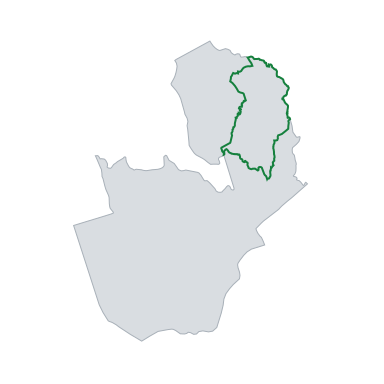 location of Muchinga within Zambia, rotated 343°
{"feature_id": "ZMB-5511", "entity_name": "Muchinga", "entity_type": "Province", "adm_level": 1, "iso_a3": "ZMB", "parent_name": "Zambia", "parent_adm1": "", "projection": "equal_earth", "projection_center": [31.586, -11.285], "detail": "fine", "context": "in_parent", "style": "outline", "palette": "green", "viewbox_px": 384, "rotation_deg": 343, "n_neighbors": 0, "source": "natural_earth", "source_scale": "10m", "svg_char_len": 9419}
<svg xmlns="http://www.w3.org/2000/svg" viewBox="0 0 384 384"><g transform="rotate(343 192 192)"><path d="M246.0,263.9L232.1,264.0L227.1,265.4L222.9,267.7L218.0,271.2L215.1,273.6L214.3,275.0L213.9,277.9L214.0,282.5L213.5,285.8L212.0,288.9L204.5,292.5L199.6,295.5L194.8,299.1L191.2,303.7L188.7,309.3L184.6,316.3L176.1,328.8L171.1,331.1L166.9,330.6L161.8,328.0L157.7,327.5L154.8,329.1L152.0,328.6L149.4,326.0L147.3,325.0L145.6,325.7L143.4,325.6L139.4,324.2L135.9,319.7L134.0,317.9L132.5,317.2L128.4,316.5L118.8,315.4L109.0,317.6L100.3,319.9L91.3,310.0L82.6,299.5L80.7,296.8L77.4,293.3L75.1,291.6L74.2,290.7L71.7,281.3L70.3,272.7L69.0,189.4L108.2,189.4L110.7,189.1L110.8,188.2L109.0,183.7L109.0,182.2L109.5,179.1L111.1,173.1L111.2,171.0L110.4,164.4L110.4,160.8L110.8,153.3L110.5,150.8L111.4,147.4L111.7,145.2L112.0,144.3L111.6,141.7L110.7,132.8L110.2,129.1L112.6,129.7L113.4,131.5L113.8,133.5L114.9,133.6L117.7,134.8L118.7,136.4L119.4,140.0L119.0,141.8L118.1,143.3L119.0,144.6L120.9,145.5L122.0,145.2L125.1,142.8L128.0,141.9L129.5,141.2L136.0,139.6L137.3,138.8L138.2,138.8L138.8,139.5L138.3,142.0L138.1,144.2L138.9,148.5L139.5,150.4L140.9,151.9L141.9,152.6L143.0,154.1L145.2,153.9L150.2,156.0L151.7,157.0L153.8,158.0L155.3,158.4L160.4,159.1L165.9,160.3L168.7,160.4L170.7,160.1L172.0,159.5L172.9,158.8L173.3,158.2L175.3,150.2L176.3,149.6L177.6,149.2L178.4,149.9L179.3,155.0L183.3,159.5L184.6,163.4L185.6,166.6L186.5,167.5L188.0,168.7L190.3,169.1L192.5,169.2L203.0,174.8L204.2,175.8L205.5,178.8L206.3,182.1L207.1,184.8L208.5,185.3L209.7,185.5L210.9,187.3L211.8,188.9L214.9,195.5L215.4,198.1L216.9,199.8L219.0,200.6L220.8,200.7L221.9,199.9L224.6,198.5L226.7,197.0L228.2,196.4L229.1,196.8L229.8,197.8L230.3,201.1L231.8,202.2L232.9,201.8L233.3,200.5L233.3,199.9L233.2,165.5L232.3,165.8L231.0,166.7L228.3,166.8L227.2,167.6L226.8,168.7L227.1,170.1L227.1,172.0L226.7,173.0L225.5,173.3L223.7,172.6L220.5,171.6L217.9,171.0L215.9,168.4L213.3,164.5L211.6,162.6L207.5,158.5L206.8,157.7L205.6,155.8L204.5,152.6L203.4,148.8L202.9,146.5L203.8,142.8L206.2,130.9L206.7,127.1L208.7,123.4L208.9,120.0L208.0,115.6L208.2,113.2L208.5,99.5L207.9,95.2L206.5,90.4L203.6,83.7L203.6,82.3L208.1,77.9L209.5,76.3L211.8,72.8L213.4,69.8L214.5,67.4L214.8,64.2L214.0,61.2L215.6,60.6L253.2,52.9L253.8,55.0L254.9,58.4L256.2,60.9L257.8,63.1L259.2,64.4L260.1,64.8L265.9,64.7L268.0,66.0L269.8,67.7L270.3,70.3L271.5,72.0L272.8,73.3L273.3,73.5L274.3,73.1L275.8,73.1L277.3,73.7L277.9,74.2L278.0,76.4L278.4,77.4L280.4,77.8L282.4,78.0L284.3,79.5L286.4,79.7L288.8,80.3L290.0,81.9L292.5,83.6L295.7,85.1L299.1,87.5L299.2,88.2L299.8,89.7L300.4,90.7L300.4,92.2L300.7,93.6L301.6,94.0L302.3,94.1L303.0,93.0L303.9,93.1L304.9,93.7L305.3,95.3L306.1,97.5L307.3,99.0L308.2,100.4L307.9,103.0L307.3,105.4L309.1,107.8L311.3,110.0L311.9,111.0L312.1,114.3L312.4,115.5L314.0,118.2L314.7,120.1L314.6,121.1L310.5,126.6L308.0,127.4L306.9,128.6L306.2,129.7L307.9,135.2L308.7,137.2L308.0,139.8L306.4,144.2L305.6,144.6L305.5,147.9L306.0,149.1L306.8,150.1L307.1,152.3L307.0,157.9L306.0,164.3L307.8,169.8L308.4,170.4L311.0,170.5L311.4,171.0L310.8,172.5L309.0,175.0L305.8,176.9L301.1,179.0L300.1,181.0L299.5,183.9L300.0,185.6L300.6,186.6L300.4,189.1L300.0,191.8L300.1,193.9L299.9,195.8L299.3,196.7L298.5,199.5L297.5,202.3L296.7,203.6L295.5,205.0L293.7,206.1L293.7,206.7L295.8,208.0L296.3,208.9L296.5,209.5L295.6,210.9L296.6,211.8L297.8,212.5L298.9,214.4L300.2,217.9L300.4,218.3L300.8,218.3L301.4,217.9L302.7,216.5L303.7,216.0L304.8,218.0L285.3,226.8L280.7,228.6L273.9,231.6L271.7,232.8L269.9,233.9L251.8,240.7L249.0,242.1L242.6,245.6L242.4,246.1L242.4,247.7L243.0,251.0L244.1,254.0L245.1,255.7L245.7,260.1L246.0,263.9Z" fill="#d9dde1" stroke="#a8b0b8" stroke-width="1"/><path d="M299.1,87.5L299.2,89.2L299.3,89.5L299.5,89.8L299.7,89.6L300.0,89.6L300.4,90.1L300.6,90.2L300.6,91.0L300.3,93.0L300.5,93.8L300.8,93.9L301.3,93.5L301.5,93.5L301.8,93.6L301.9,94.2L302.0,94.5L302.5,94.7L302.7,94.2L302.7,93.4L302.9,92.6L303.4,93.0L304.5,93.0L304.9,93.4L305.2,94.1L305.3,94.5L305.3,95.0L305.3,95.3L305.1,95.8L305.2,96.2L305.4,96.6L305.9,97.0L306.1,97.3L306.4,98.1L306.6,98.5L306.9,98.8L307.1,98.9L307.9,99.3L308.0,99.6L308.4,100.7L308.5,101.5L308.3,102.1L307.7,103.4L307.3,104.7L307.2,105.4L307.2,106.2L307.5,106.7L309.2,107.7L310.4,109.1L310.9,109.4L311.3,110.1L311.7,110.5L312.0,110.9L312.1,111.8L311.9,113.4L312.0,114.1L312.6,115.8L312.7,116.2L313.5,117.1L313.9,118.4L314.2,118.9L314.8,119.0L314.8,119.7L314.9,120.2L315.0,120.7L314.6,121.4L314.3,121.8L313.5,122.6L313.2,122.8L312.9,123.0L311.9,124.6L311.5,125.7L311.3,126.2L310.9,126.6L310.5,126.6L310.2,127.1L309.9,127.3L309.6,127.3L308.9,127.1L307.5,127.6L307.2,127.9L306.8,128.7L306.5,128.9L306.2,128.9L305.8,128.9L305.6,129.4L305.6,129.8L305.8,130.0L306.3,129.9L306.6,130.3L306.8,131.2L306.9,132.9L307.1,133.7L307.4,134.5L307.8,135.2L308.3,135.9L309.0,137.4L308.8,138.3L308.5,139.1L307.0,142.1L307.0,142.3L307.0,142.6L307.0,142.8L306.9,142.9L306.6,143.1L306.4,143.6L306.5,144.4L306.3,144.8L305.8,144.2L305.6,144.6L305.6,147.0L305.6,147.3L305.5,147.9L305.2,148.7L305.2,149.0L305.6,149.1L306.3,149.1L306.7,149.2L306.9,149.6L307.1,150.0L307.1,151.0L306.1,151.4L305.2,151.9L304.8,152.7L304.8,154.0L303.4,157.1L302.5,159.7L299.7,160.9L294.9,162.8L292.3,163.0L291.0,163.0L290.1,164.2L289.8,165.9L288.7,167.3L287.5,167.3L285.7,166.8L285.7,167.4L285.4,168.6L285.1,169.2L285.0,169.5L284.0,170.5L283.7,170.9L283.4,171.8L283.3,172.1L282.9,172.5L282.8,173.3L282.6,173.7L282.5,173.9L282.5,175.1L282.1,177.9L281.9,178.2L281.8,178.9L281.6,179.4L281.5,179.6L281.5,180.6L281.4,181.9L281.3,182.2L281.1,182.7L281.0,183.3L280.7,183.5L280.3,184.1L280.0,185.4L279.9,185.9L279.8,186.2L279.3,186.4L278.7,186.6L278.6,186.9L278.2,187.4L277.9,187.4L277.8,187.6L277.8,188.1L277.7,188.6L277.6,189.1L277.7,189.7L277.8,190.3L277.2,190.6L276.9,190.5L276.8,190.9L276.6,191.0L276.2,191.1L275.8,191.5L275.6,191.8L275.1,192.1L274.8,192.4L274.6,192.0L274.4,192.7L273.8,193.5L273.6,194.3L273.5,194.6L273.3,194.7L272.9,194.8L272.8,195.1L272.4,196.7L272.2,197.8L272.0,198.9L271.5,199.8L269.8,201.4L269.5,201.6L269.1,201.6L268.3,201.3L267.8,201.5L267.6,201.7L267.6,199.4L267.5,198.6L267.3,198.1L266.8,197.4L266.4,196.4L266.3,195.9L265.9,189.7L265.9,189.3L265.7,188.9L265.4,188.5L264.5,188.0L264.3,187.9L263.2,187.9L262.6,188.3L262.5,188.5L262.4,189.4L262.1,190.0L262.0,190.4L261.7,190.6L261.1,190.6L260.9,190.3L259.3,188.3L259.0,188.0L258.5,188.0L257.9,187.7L257.5,187.7L256.6,187.4L255.8,187.6L255.4,187.5L254.6,187.0L253.3,185.8L253.2,185.6L253.1,185.4L253.2,184.5L252.9,182.6L253.2,181.6L253.6,181.0L253.6,180.7L253.7,180.3L253.6,180.0L253.4,179.8L253.0,179.5L252.6,179.1L252.5,178.8L252.2,178.0L252.0,177.8L251.8,177.8L251.5,178.3L251.4,178.5L250.9,178.8L250.7,178.7L250.4,178.5L249.8,177.9L249.4,177.4L249.4,176.9L249.6,176.1L249.6,175.9L249.5,175.5L249.3,175.2L248.6,174.7L248.3,174.5L248.1,174.2L248.0,173.9L248.0,173.1L248.2,172.4L248.3,172.0L248.3,170.8L248.3,170.3L248.2,170.0L248.1,169.9L247.9,169.8L247.7,169.7L247.1,169.9L246.8,169.7L246.7,169.6L246.4,169.1L246.2,168.9L245.8,168.8L245.5,168.9L245.1,168.8L244.8,168.6L244.5,168.4L244.0,168.4L243.5,168.0L242.9,167.9L241.8,167.2L241.4,167.1L240.9,166.8L240.8,166.7L240.6,166.2L240.1,165.9L239.8,165.7L239.5,165.4L239.2,165.1L238.7,164.1L238.5,163.0L238.1,162.1L237.8,161.5L237.5,161.1L236.9,161.2L236.4,161.3L234.6,162.4L234.5,162.6L234.4,162.9L234.3,164.3L234.1,164.9L234.0,165.3L233.8,165.5L233.3,165.6L233.5,165.2L233.7,164.9L233.6,164.6L233.7,163.9L233.7,163.5L233.5,163.2L233.1,162.6L232.9,162.2L232.8,161.7L232.9,160.4L232.8,159.5L232.7,159.0L232.9,158.6L233.1,158.2L242.7,156.2L243.0,156.0L243.3,155.6L246.9,149.5L246.9,149.3L246.8,149.1L246.8,148.8L246.8,148.4L247.0,147.7L247.0,147.2L247.7,146.7L248.5,145.8L248.7,145.3L248.9,144.6L249.0,144.1L249.4,143.9L249.7,143.8L249.9,143.7L250.0,143.5L250.2,142.7L250.3,142.4L250.5,142.1L251.4,142.1L251.5,142.0L251.8,141.7L252.4,141.0L252.5,140.7L252.7,140.0L253.1,138.8L254.8,135.9L255.2,135.0L255.4,134.4L255.6,134.1L255.8,134.0L256.0,134.4L256.3,134.4L256.4,134.2L256.0,133.6L256.3,133.6L256.8,133.3L257.7,132.9L257.9,132.7L258.1,132.1L258.3,131.2L258.6,130.5L259.0,130.5L258.8,130.8L259.0,131.1L259.3,131.3L259.7,131.2L259.7,130.5L259.8,130.2L260.0,130.5L260.1,130.8L260.2,131.1L260.1,131.4L259.9,131.7L260.3,131.7L260.7,131.5L261.6,130.4L261.7,130.0L261.9,129.7L262.1,129.2L261.6,128.4L261.6,128.1L261.6,127.8L261.7,127.6L262.5,127.6L262.9,127.4L262.8,126.8L262.6,126.6L262.4,126.6L262.1,126.8L261.9,126.7L261.6,126.2L261.3,125.8L261.3,125.7L262.2,124.7L262.5,124.6L262.9,124.5L263.7,124.6L264.1,124.8L264.4,125.0L264.5,124.8L264.9,124.5L265.1,124.3L265.1,123.9L265.1,122.8L265.1,122.6L265.3,122.5L265.6,122.5L265.7,122.4L265.5,122.0L265.6,121.7L265.8,121.6L266.4,121.6L266.8,121.4L267.5,120.9L267.8,120.8L267.9,120.7L268.1,120.1L268.3,120.0L268.5,120.0L268.8,120.6L270.2,120.2L270.1,113.1L269.4,112.2L267.3,111.0L265.7,109.5L265.0,106.2L264.1,103.1L262.5,99.5L260.9,97.4L262.3,95.0L262.9,93.3L263.9,92.6L265.2,91.2L266.2,90.2L267.7,91.4L269.3,91.3L270.7,92.1L271.2,90.2L272.8,91.0L274.4,90.7L275.8,89.5L277.6,88.3L280.1,87.9L282.2,88.1L284.3,88.8L286.6,89.0L286.4,86.2L285.4,83.1L284.6,79.7L285.0,79.8L287.8,79.7L288.6,80.0L289.4,80.7L289.6,81.1L290.0,82.4L290.3,83.0L290.6,83.2L291.4,83.3L293.2,83.9L294.7,84.0L295.0,84.2L295.3,84.6L295.4,84.9L295.4,85.3L295.6,85.5L296.1,85.5L297.2,86.4L298.8,87.2L299.1,87.5Z" fill="none" stroke="#15803d" stroke-width="2"/></g></svg>